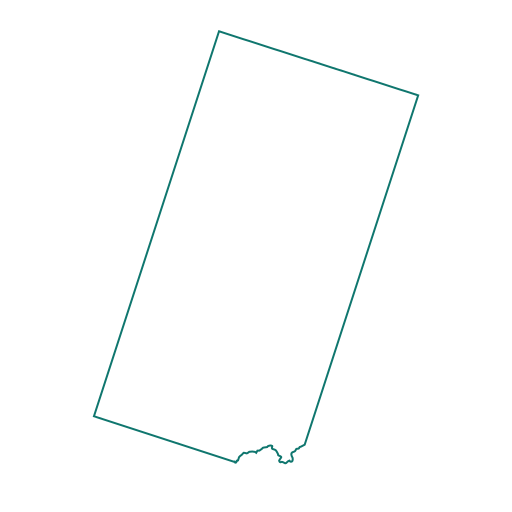 the border of Kansas, rotated 108°
{"feature_id": "USA-3530", "entity_name": "Kansas", "entity_type": "State", "adm_level": 1, "iso_a3": "USA", "parent_name": "United States of America", "parent_adm1": "", "projection": "mercator", "projection_center": [-97.125, 38.5], "detail": "fine", "context": "isolated", "style": "outline", "palette": "teal", "viewbox_px": 512, "rotation_deg": 108, "n_neighbors": 0, "source": "natural_earth", "source_scale": "10m", "svg_char_len": 2622}
<svg xmlns="http://www.w3.org/2000/svg" viewBox="0 0 512 512"><g transform="rotate(108 256 256)"><path d="M53.7,360.6L53.7,354.2L53.7,347.7L53.7,341.3L53.7,334.9L53.6,328.5L53.6,322.0L53.6,315.6L53.6,309.1L53.6,302.6L53.5,296.1L53.5,289.7L53.5,283.2L53.5,276.7L53.5,270.1L53.4,263.6L53.4,257.1L53.4,250.6L53.4,244.0L53.4,237.5L53.3,230.9L53.3,224.3L53.3,217.7L53.3,211.1L53.3,204.5L53.2,197.9L53.2,191.3L53.2,184.7L53.2,178.1L53.2,171.4L53.1,164.8L53.1,158.1L53.1,151.4L66.0,151.4L77.4,151.4L88.9,151.4L100.3,151.4L111.7,151.4L123.2,151.4L134.6,151.4L146.0,151.4L157.4,151.4L168.9,151.4L180.3,151.4L191.7,151.4L203.2,151.4L214.6,151.4L226.0,151.4L237.5,151.4L248.9,151.4L260.3,151.4L271.8,151.4L283.2,151.4L294.6,151.4L306.0,151.4L317.5,151.4L328.9,151.4L340.3,151.4L351.8,151.4L363.2,151.4L374.6,151.4L386.1,151.4L397.5,151.4L408.9,151.4L420.4,151.4L423.4,154.3L424.2,155.4L424.8,155.6L425.5,155.7L425.9,155.9L426.3,156.5L426.5,157.1L426.8,157.7L427.2,158.1L427.7,158.2L428.9,158.4L429.5,158.6L430.1,159.1L431.5,160.8L432.7,161.3L434.0,161.0L435.1,160.3L436.7,158.8L437.6,158.4L438.5,158.1L439.8,158.1L440.5,158.5L440.9,159.3L440.8,160.3L440.3,161.0L441.2,162.0L443.6,163.4L444.1,164.2L444.0,164.9L443.8,166.3L443.7,167.1L443.9,168.0L444.3,168.5L444.6,169.0L444.5,169.8L443.6,170.7L442.4,170.6L439.8,169.8L439.3,170.0L439.0,170.6L438.9,171.3L438.7,173.0L438.4,173.5L437.9,173.7L437.3,174.1L435.6,175.9L434.7,177.1L434.4,178.3L434.4,179.8L434.4,180.6L434.2,181.2L433.6,181.6L432.1,181.7L431.7,181.9L431.6,183.3L432.3,184.8L433.2,185.9L434.2,186.3L434.5,186.8L435.7,189.3L436.3,190.2L436.7,190.4L437.7,190.9L440.0,192.6L440.2,193.0L440.5,194.1L440.7,194.5L443.1,195.0L442.6,196.3L443.1,199.1L444.3,201.9L446.1,203.2L446.6,203.9L446.7,205.4L446.9,206.8L448.0,207.5L449.1,207.9L451.5,209.5L452.7,210.0L454.4,209.9L455.2,210.0L455.8,209.9L456.0,210.0L456.3,210.2L456.4,210.8L456.6,210.9L457.9,211.0L458.8,211.4L458.9,212.0L458.1,212.8L458.2,213.1L458.3,213.4L458.5,213.5L458.5,214.0L458.5,219.1L458.5,228.1L458.5,237.0L458.5,245.9L458.5,254.8L458.5,263.7L458.5,272.6L458.5,281.5L458.5,290.3L458.5,299.2L458.5,308.0L458.5,316.8L458.5,325.6L458.5,334.3L458.5,343.1L458.5,351.8L458.5,360.6L445.9,360.6L433.3,360.6L420.7,360.6L408.1,360.6L395.5,360.6L382.9,360.6L370.3,360.6L357.7,360.6L345.1,360.6L332.5,360.6L319.9,360.6L307.3,360.6L294.7,360.6L282.0,360.6L269.4,360.6L256.8,360.6L244.2,360.6L231.6,360.6L219.0,360.6L206.4,360.6L193.8,360.6L181.2,360.6L168.6,360.6L156.0,360.6L143.4,360.6L130.8,360.6L118.2,360.6L105.6,360.6L93.0,360.6L80.4,360.6L67.8,360.6L53.7,360.6Z" fill="none" stroke="#0f766e" stroke-width="2"/></g></svg>